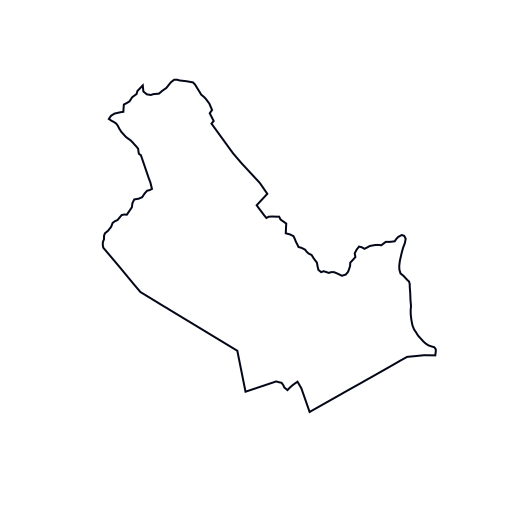 outline of São Gonçalo do Amarante, Ceará, Brazil, rotated 40°
{"feature_id": "56859067B19519417683634", "entity_name": "São Gonçalo do Amarante", "entity_type": "district", "adm_level": 2, "iso_a3": "BRA", "parent_name": "Brazil", "parent_adm1": "Ceará", "projection": "natural_earth1", "projection_center": [-39.073, -3.592], "detail": "fine", "context": "isolated", "style": "outline", "palette": "ink", "viewbox_px": 512, "rotation_deg": 40, "n_neighbors": 0, "source": "geoboundaries", "source_scale": "gbopen_adm2", "svg_char_len": 2654}
<svg xmlns="http://www.w3.org/2000/svg" viewBox="0 0 512 512"><g transform="rotate(40 256 256)"><path d="M457.2,216.9L455.3,213.9L453.7,211.9L451.2,211.3L448.7,212.4L445.6,213.6L442.1,214.0L439.2,213.9L434.7,213.3L431.2,212.8L428.0,211.7L424.4,210.7L420.6,208.7L418.7,207.2L415.8,204.8L413.9,203.0L411.8,201.0L409.3,198.1L407.0,194.8L404.9,192.7L402.9,190.7L400.9,188.5L398.0,185.3L393.6,180.8L391.8,178.7L389.7,177.2L387.0,177.1L384.1,176.7L381.5,176.4L377.9,176.5L374.5,174.2L372.0,171.4L369.3,167.2L365.8,160.4L363.4,155.2L361.7,150.3L359.5,146.5L356.6,145.3L354.2,146.2L352.7,149.9L352.5,152.5L352.8,155.6L349.6,159.0L346.3,161.8L345.1,167.2L342.8,168.7L340.3,170.9L336.8,175.1L335.6,178.2L334.4,180.8L331.5,181.3L328.9,182.5L329.0,186.4L329.9,190.5L332.8,192.9L332.7,197.1L332.5,200.5L334.5,203.2L335.5,205.6L336.7,208.9L336.7,212.5L334.5,215.9L329.7,217.1L326.2,218.2L324.0,220.0L322.6,222.2L320.2,223.1L317.6,224.2L316.3,226.5L312.7,226.5L310.1,224.6L306.9,221.9L301.9,220.8L298.0,219.5L294.6,220.3L292.2,220.2L289.5,219.6L285.6,220.5L282.8,221.8L280.0,220.5L277.5,219.5L274.6,217.9L272.0,216.7L268.2,217.6L264.2,219.5L258.3,211.7L251.4,212.3L248.4,211.0L246.2,212.9L243.2,215.2L240.5,217.7L239.5,220.2L235.7,219.5L231.5,218.5L228.4,217.8L223.9,216.7L224.7,201.1L212.0,197.6L197.8,195.8L185.7,194.3L172.4,192.1L136.8,183.2L136.8,179.8L128.8,176.4L128.5,172.4L122.2,169.2L116.6,167.9L114.2,167.6L110.2,167.6L107.2,166.5L104.6,165.7L99.3,163.9L96.2,163.5L90.4,166.8L84.7,170.6L82.2,171.7L80.0,173.6L79.1,177.9L79.2,180.7L79.3,184.9L78.0,189.7L77.3,194.0L73.4,197.9L71.9,200.3L68.5,202.3L64.0,202.4L59.6,198.1L59.1,205.8L60.4,208.7L59.1,213.9L59.7,218.9L58.6,222.1L57.4,224.9L59.2,227.4L61.7,230.8L59.6,233.2L56.1,237.8L54.8,241.7L55.2,245.6L58.3,245.3L61.1,244.7L63.7,244.4L66.3,245.0L69.3,246.3L73.1,247.5L76.9,248.0L79.5,248.4L81.9,248.3L85.8,248.0L88.7,248.3L91.1,248.7L93.8,249.0L96.8,249.6L98.6,251.3L100.6,253.0L103.1,252.8L123.6,265.2L127.9,267.6L133.2,271.5L132.1,274.0L130.6,276.0L130.5,279.7L131.0,284.1L129.3,287.5L126.4,290.9L127.3,294.8L129.6,298.5L129.9,301.5L130.2,304.3L130.5,307.4L128.3,309.0L126.8,311.0L126.8,314.1L126.8,317.5L125.6,320.0L124.9,322.7L126.3,326.9L126.4,331.9L125.7,335.8L126.6,338.2L128.8,340.9L129.7,343.7L131.5,346.0L133.6,347.8L157.9,352.0L181.8,356.4L190.6,357.9L214.4,354.3L302.6,340.6L335.2,366.7L352.1,339.1L354.4,338.1L357.1,336.7L359.9,337.4L362.2,338.5L366.3,338.5L366.5,335.3L366.9,332.4L367.5,329.6L368.6,325.6L375.8,328.2L397.3,341.0L413.9,296.7L418.5,284.7L419.8,281.1L429.2,256.0L433.8,243.4L436.6,236.1L440.9,231.8L448.6,223.9L457.2,216.9Z" fill="none" stroke="#020617" stroke-width="2"/></g></svg>